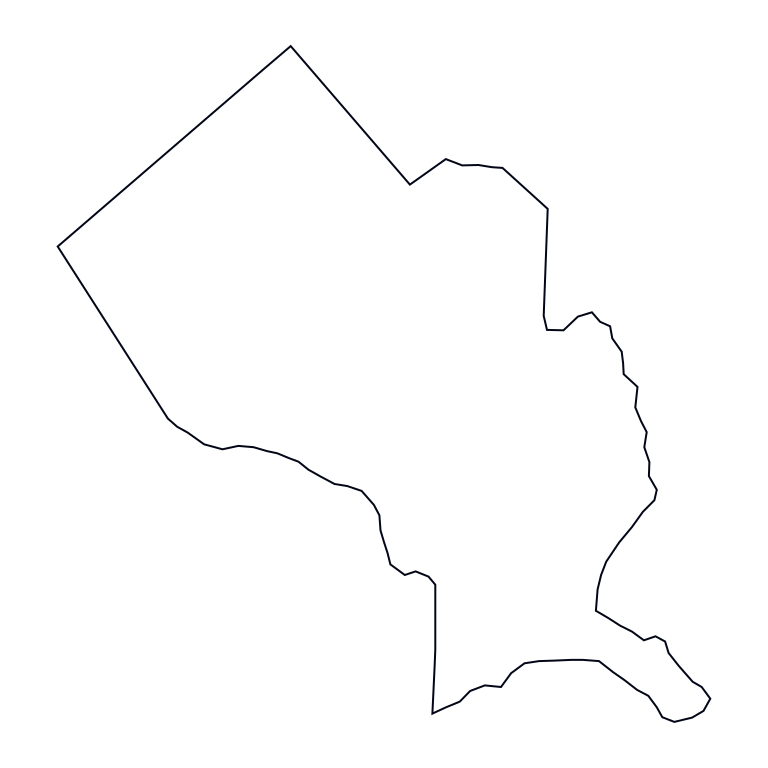 Cravolândia, Bahia, Brazil (Mercator projection)
{"feature_id": "56859067B17277880665383", "entity_name": "Cravolândia", "entity_type": "district", "adm_level": 2, "iso_a3": "BRA", "parent_name": "Brazil", "parent_adm1": "Bahia", "projection": "mercator", "projection_center": [-39.753, -13.429], "detail": "fine", "context": "isolated", "style": "outline", "palette": "ink", "viewbox_px": 768, "rotation_deg": 0, "n_neighbors": 0, "source": "geoboundaries", "source_scale": "gbopen_adm2", "svg_char_len": 1312}
<svg xmlns="http://www.w3.org/2000/svg" viewBox="0 0 768 768"><path d="M502.5,167.9L492.0,167.2L478.4,165.0L462.2,165.4L445.8,159.1L409.9,184.6L290.7,46.1L263.7,69.1L57.7,246.5L167.9,418.6L177.1,426.7L187.7,432.6L204.1,444.3L222.5,449.3L238.3,445.9L253.6,447.2L267.0,451.1L277.3,453.3L288.9,458.1L298.5,461.7L308.6,469.8L320.5,476.5L334.5,484.0L347.0,486.0L361.6,490.9L373.9,504.9L379.4,515.3L380.5,530.4L384.0,542.1L387.5,552.9L390.4,564.4L404.8,575.0L415.6,571.4L428.5,576.6L435.3,584.7L435.3,649.6L434.6,666.7L432.4,713.6L446.0,707.3L459.8,701.6L470.1,691.0L484.8,685.4L501.0,687.0L511.1,673.2L524.5,663.3L539.1,661.1L554.5,660.6L570.7,659.9L583.2,659.9L599.0,661.1L613.0,672.1L624.6,680.2L637.1,689.9L648.3,695.8L656.8,707.3L662.3,717.2L674.3,721.9L692.1,717.6L703.5,710.9L710.3,698.7L701.7,687.0L692.7,681.8L678.7,665.8L668.6,653.0L665.1,641.5L655.5,636.3L643.9,640.3L632.0,631.6L620.2,625.7L607.9,617.8L595.9,610.8L597.6,589.4L601.1,575.0L606.2,561.7L619.1,542.5L632.0,527.0L642.8,511.9L654.4,500.2L656.8,489.8L648.9,476.1L649.4,462.1L644.3,447.2L646.7,432.1L641.0,421.1L635.3,407.4L637.5,386.9L623.7,374.2L623.1,363.2L621.7,351.7L612.3,338.4L610.1,326.3L600.1,321.8L591.9,312.3L577.9,316.6L563.5,330.3L547.0,329.9L543.7,315.9L547.7,208.9L502.5,167.9Z" fill="none" stroke="#020617" stroke-width="2"/></svg>